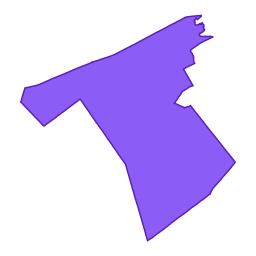 outline of Necsesti, Teleorman, Romania
{"feature_id": "2599482B69205667822584", "entity_name": "Necsesti", "entity_type": "district", "adm_level": 2, "iso_a3": "ROU", "parent_name": "Romania", "parent_adm1": "Teleorman", "projection": "orthographic", "projection_center": [25.149, 44.256], "detail": "fine", "context": "isolated", "style": "filled", "palette": "violet", "viewbox_px": 256, "rotation_deg": 0, "n_neighbors": 0, "source": "geoboundaries", "source_scale": "gbopen_adm2", "svg_char_len": 5212}
<svg xmlns="http://www.w3.org/2000/svg" viewBox="0 0 256 256"><path d="M147.6,240.6L152.2,237.7L155.3,235.2L157.0,233.9L158.6,232.9L160.1,231.8L160.4,231.6L164.1,228.8L166.2,227.1L167.6,226.1L171.4,222.9L174.4,220.7L174.7,220.4L175.7,219.7L178.2,217.8L180.4,216.3L181.8,215.3L185.6,212.5L186.9,211.5L188.4,210.3L189.2,209.7L190.7,208.4L191.7,207.6L193.1,206.7L194.2,206.0L195.7,204.9L196.6,204.3L199.5,201.9L200.4,201.2L202.5,199.8L203.9,198.8L204.3,198.4L205.4,197.6L209.2,194.5L209.9,194.1L210.1,194.1L210.1,193.8L210.7,192.5L212.6,188.9L213.1,188.2L215.7,185.2L216.7,184.2L217.7,183.0L218.0,182.7L218.7,181.9L220.7,179.7L221.0,179.2L222.3,177.6L228.0,171.2L229.9,168.9L230.4,168.4L230.8,167.9L231.7,166.6L234.7,162.9L235.2,162.2L232.9,159.3L232.1,158.2L227.2,152.2L225.8,150.4L223.1,147.0L221.9,145.5L221.0,144.2L218.6,141.3L214.8,136.4L211.3,132.2L208.6,128.7L205.3,124.6L203.8,122.5L202.9,121.4L200.0,117.7L199.0,116.5L194.8,111.3L193.3,109.3L190.5,105.6L189.9,106.0L188.9,106.5L188.5,106.6L188.3,106.6L187.4,106.6L185.6,107.5L184.6,107.9L184.4,107.6L184.0,107.3L183.4,107.1L182.1,106.6L180.4,105.8L180.0,105.7L176.3,103.9L174.4,103.1L174.5,103.0L175.4,101.9L177.1,99.5L177.5,98.7L178.3,97.6L180.3,94.8L181.1,93.5L181.2,93.1L181.5,92.6L181.7,92.4L182.7,91.3L183.0,91.1L183.8,90.6L184.1,90.5L185.3,89.7L186.3,89.0L187.1,88.5L189.2,87.1L190.4,86.5L190.8,86.3L192.3,85.9L193.0,85.7L191.3,82.7L190.4,81.1L189.0,78.7L188.4,77.6L186.2,73.8L183.5,69.2L183.5,68.9L189.1,66.1L194.7,63.4L194.2,62.5L194.0,61.9L193.8,61.3L193.7,60.8L193.6,58.7L193.7,57.7L193.6,57.0L193.2,55.6L193.0,55.3L192.8,54.9L192.5,54.0L191.3,52.4L191.0,51.9L190.9,51.7L190.6,51.1L190.5,50.8L190.5,50.6L190.6,50.4L190.8,50.1L191.0,49.8L191.2,49.6L191.7,49.2L192.3,48.8L192.5,48.6L199.6,43.6L202.1,42.2L204.8,40.8L210.5,38.1L210.9,37.8L211.6,37.6L212.1,37.4L212.7,37.0L212.3,36.7L211.1,36.7L210.9,36.3L210.7,36.3L210.4,36.3L210.2,36.2L209.6,36.5L209.3,36.5L209.0,36.4L208.7,36.4L208.1,36.6L207.8,36.7L207.6,36.6L207.3,36.4L206.9,36.4L206.6,36.4L206.3,36.3L205.5,36.2L203.9,36.4L203.4,36.5L200.8,36.3L200.4,36.2L200.0,36.0L199.8,35.7L199.7,35.4L199.4,34.7L199.3,34.4L199.3,34.2L199.6,33.9L200.1,33.6L200.1,33.2L200.2,32.9L200.4,32.8L201.0,32.9L201.4,32.8L202.3,32.2L202.5,32.0L202.7,31.8L203.1,31.6L203.5,31.1L203.9,30.9L204.1,30.8L204.2,30.6L204.2,30.4L204.1,30.2L204.0,29.9L204.3,29.9L204.6,29.6L204.6,29.4L204.5,29.1L204.2,28.9L203.9,28.7L203.7,28.1L203.4,27.8L203.1,27.5L203.0,27.4L203.0,27.2L203.6,27.0L203.8,26.9L203.9,26.7L203.9,26.3L203.8,25.9L203.9,25.7L203.9,25.3L203.7,25.1L203.7,24.9L203.7,24.7L202.8,24.3L202.7,24.2L202.8,23.8L202.8,23.7L202.7,23.1L202.2,22.7L202.1,22.8L202.0,23.0L201.9,23.2L201.8,23.5L201.4,24.2L201.1,24.5L200.9,24.5L200.9,24.4L200.8,23.9L200.6,23.5L200.4,23.4L200.2,23.4L200.0,23.5L200.3,23.8L200.3,24.0L200.1,24.2L199.0,24.5L198.9,24.5L198.7,24.4L198.4,24.5L197.5,24.8L197.0,24.9L196.1,25.2L195.8,25.1L195.2,24.4L194.8,23.5L194.8,23.4L195.0,23.1L195.1,22.6L194.8,22.4L194.6,22.1L194.8,21.8L194.8,21.6L194.7,21.5L194.5,21.0L194.4,20.8L194.4,20.5L194.4,20.3L194.5,20.0L194.9,20.1L195.0,20.1L195.0,19.9L195.1,19.7L195.3,19.1L195.6,18.7L195.8,18.3L196.0,18.2L196.3,18.2L196.5,18.2L196.7,18.3L196.7,18.6L197.0,19.3L197.3,19.6L197.5,19.6L197.6,19.4L198.0,19.0L198.9,18.3L199.6,17.7L200.8,16.8L201.1,16.5L201.2,16.2L201.3,16.0L201.3,15.8L201.3,15.6L201.2,15.4L200.8,15.4L200.5,15.5L192.7,16.2L187.0,16.9L186.4,17.0L185.5,17.3L184.8,17.5L184.7,17.6L184.8,18.0L184.7,18.1L184.2,18.2L183.7,18.2L183.5,18.3L183.3,18.5L179.4,20.6L178.2,21.1L175.5,22.6L171.9,24.4L171.2,24.7L167.4,26.8L162.0,29.7L157.9,31.8L156.9,32.2L152.3,34.7L146.7,37.7L144.9,38.7L140.1,41.2L136.1,43.5L131.4,45.8L130.6,46.3L130.0,46.6L126.9,48.1L120.4,51.5L117.3,53.1L113.4,55.1L111.3,55.8L110.0,56.4L108.7,56.8L108.4,56.9L101.0,59.3L96.8,60.8L96.6,60.9L96.3,60.9L92.3,62.2L92.1,62.0L91.9,62.2L91.4,62.6L90.3,63.1L85.3,65.1L81.4,66.7L76.2,68.7L70.6,71.1L66.7,72.9L66.3,72.9L65.3,73.4L64.4,73.8L62.7,74.5L53.2,78.3L50.6,79.5L48.9,80.3L45.4,81.8L43.1,82.9L41.2,83.7L39.3,84.4L36.9,85.3L36.5,85.4L31.7,86.5L29.2,87.1L25.0,88.0L24.6,89.2L22.8,94.9L20.8,102.2L21.1,102.3L27.2,108.8L39.0,121.0L43.5,125.9L44.1,126.0L45.7,124.7L54.3,118.5L57.5,116.0L58.0,115.7L58.2,115.2L58.3,115.2L58.3,114.9L58.5,114.8L59.1,114.8L59.5,114.6L61.5,113.0L62.6,112.2L63.1,111.9L65.1,110.4L66.6,109.2L70.2,106.5L71.2,105.7L72.9,104.5L73.2,104.3L74.4,103.3L75.0,102.9L77.2,101.3L79.9,99.1L80.1,99.2L80.6,99.7L81.7,101.2L82.0,101.6L82.6,102.6L82.9,103.0L83.4,103.7L83.9,104.6L85.2,106.3L86.3,107.9L86.7,108.6L87.2,109.1L88.1,110.5L89.7,112.7L89.9,113.2L90.5,114.0L91.8,115.9L92.8,117.3L93.5,118.4L94.1,119.2L96.4,122.7L97.2,123.7L99.4,126.8L100.0,127.7L100.2,127.9L100.9,128.8L101.2,129.3L102.3,130.7L103.8,133.0L105.0,134.7L105.4,135.3L107.1,137.8L107.5,138.5L109.0,140.5L111.6,144.3L111.9,144.6L113.7,147.3L114.3,148.0L115.4,149.7L117.7,153.1L118.3,154.1L118.9,155.0L119.7,155.9L120.0,156.4L120.5,157.2L124.5,162.8L125.7,164.5L125.9,165.5L134.1,194.2L134.4,195.4L134.6,196.1L135.7,199.8L136.8,203.2L138.3,208.2L140.6,216.0L141.5,219.4L142.3,222.2L143.0,224.5L143.4,225.8L145.1,231.8L145.8,234.4L146.5,237.0L147.6,240.6Z" fill="#8b5cf6" stroke="#5b21b6" stroke-width="1.5"/></svg>